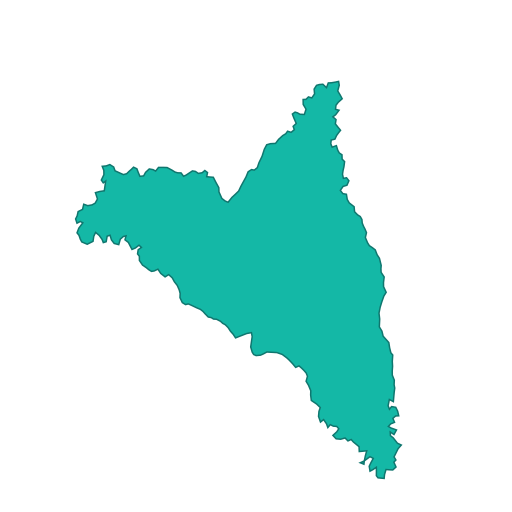 Apucarana, Paraná, Brazil, rotated 193°
{"feature_id": "56859067B99141205159881", "entity_name": "Apucarana", "entity_type": "district", "adm_level": 2, "iso_a3": "BRA", "parent_name": "Brazil", "parent_adm1": "Paraná", "projection": "equal_earth", "projection_center": [-51.441, -23.577], "detail": "fine", "context": "isolated", "style": "filled", "palette": "teal", "viewbox_px": 512, "rotation_deg": 193, "n_neighbors": 0, "source": "geoboundaries", "source_scale": "gbopen_adm2", "svg_char_len": 4370}
<svg xmlns="http://www.w3.org/2000/svg" viewBox="0 0 512 512"><g transform="rotate(193 256 256)"><path d="M104.4,80.7L99.8,86.1L96.2,85.2L97.6,80.2L98.4,76.6L96.5,72.0L94.2,74.0L91.2,77.2L90.1,72.7L89.3,69.0L87.2,67.3L81.1,68.1L81.6,72.0L81.3,77.2L77.9,77.7L74.6,78.3L72.1,81.9L75.3,86.1L73.8,88.7L76.3,91.3L74.2,100.2L71.9,104.5L76.1,105.4L81.4,109.7L84.6,111.2L85.6,114.7L81.4,113.1L80.0,118.1L85.8,118.8L88.7,119.7L87.0,122.7L83.6,125.1L86.1,128.6L84.0,131.5L81.0,132.4L83.1,136.7L85.8,140.0L90.0,139.8L91.5,136.7L93.6,139.8L93.8,146.2L89.4,145.0L90.7,154.3L91.1,158.5L92.5,161.7L93.3,166.1L96.4,170.6L97.4,174.7L98.1,179.2L99.5,184.0L100.5,190.3L102.8,192.0L105.1,196.5L107.1,201.5L114.1,206.5L116.4,211.1L119.9,214.7L121.3,222.4L123.3,228.0L123.5,234.0L123.1,239.7L122.4,245.8L121.0,249.9L124.8,254.8L125.8,258.8L126.4,264.4L130.4,268.2L131.4,271.7L131.9,275.0L135.2,281.5L138.3,284.5L141.2,288.8L144.5,290.3L147.9,291.6L150.3,294.0L153.6,298.6L153.6,303.6L155.9,306.8L157.8,309.0L159.9,312.0L161.0,315.4L163.3,317.9L166.4,319.0L169.9,321.3L171.5,326.1L177.1,328.7L179.8,331.6L181.8,336.5L185.4,336.3L188.6,338.9L186.8,343.4L183.3,345.4L182.4,350.2L185.4,352.6L188.3,351.3L190.1,355.1L190.4,358.8L190.4,362.7L190.9,367.9L193.9,369.8L195.0,374.0L198.0,375.1L200.1,377.4L202.5,381.6L206.3,379.2L208.4,382.2L208.8,385.9L205.4,387.6L204.6,391.5L203.3,394.6L201.9,397.5L204.9,399.8L208.4,402.6L208.7,406.9L212.4,408.9L210.2,411.5L207.9,416.7L211.5,416.8L212.0,420.8L210.5,424.2L207.4,428.6L210.1,431.7L213.5,435.2L213.3,441.1L214.8,444.7L217.5,443.4L221.6,441.7L224.5,440.9L225.2,435.9L229.5,438.4L232.9,437.3L235.4,435.9L236.9,431.7L235.4,427.1L237.2,422.6L240.7,422.8L242.5,419.9L245.3,419.1L244.1,414.3L240.3,410.3L240.7,404.8L245.1,404.0L247.7,404.8L250.3,405.0L252.5,402.5L250.1,398.9L246.6,394.2L249.0,390.7L247.1,387.7L249.6,384.4L253.3,384.7L254.5,381.8L257.0,379.4L260.2,374.8L262.3,370.1L267.2,368.7L270.6,366.8L271.9,361.9L272.5,354.6L274.1,347.5L274.6,342.4L277.0,339.3L279.8,339.2L282.6,336.3L283.5,330.8L285.0,325.5L286.4,320.5L287.5,315.4L290.0,311.5L292.6,307.7L295.3,302.1L298.3,302.6L302.2,304.4L306.5,310.1L307.6,314.2L311.7,318.8L315.3,323.1L319.3,322.5L321.9,322.2L322.0,326.4L325.1,327.8L327.2,325.0L330.8,323.5L334.1,324.8L337.1,324.6L339.2,322.4L342.2,319.2L344.5,317.4L347.7,320.1L351.1,319.4L353.9,319.6L357.0,320.7L362.5,322.2L366.6,321.4L370.9,320.4L372.9,316.2L375.8,317.0L379.6,316.8L382.4,312.7L383.5,308.8L387.0,307.5L389.5,310.9L391.7,314.2L395.3,315.0L397.0,312.3L398.8,309.8L400.5,307.1L403.5,305.5L407.1,306.2L412.5,307.3L414.7,310.7L419.0,312.2L422.2,310.1L426.0,308.8L423.5,305.1L422.5,301.0L423.8,295.2L421.3,292.9L419.3,295.2L418.5,285.4L422.8,283.7L426.7,281.6L423.3,275.9L424.6,271.3L427.3,268.9L431.3,267.2L435.5,267.7L435.5,262.4L439.3,259.3L439.3,254.8L440.1,251.5L437.8,247.7L435.0,250.1L432.2,249.4L434.9,243.3L435.6,238.3L433.1,236.3L431.0,232.9L428.9,230.5L423.1,229.5L418.1,233.6L418.5,238.7L417.6,242.9L413.4,240.8L409.6,237.4L407.8,234.7L405.2,236.2L405.5,241.8L402.9,243.4L400.5,239.2L397.0,236.3L392.3,236.2L392.0,241.9L389.6,245.2L387.2,246.4L387.3,242.3L383.4,240.5L380.9,237.5L378.3,234.5L375.4,236.6L372.4,240.2L369.6,238.6L372.2,235.6L371.9,231.4L369.6,229.5L368.6,225.4L364.5,221.6L360.1,219.9L357.6,218.6L354.4,217.5L351.9,218.5L348.6,221.1L344.9,217.6L339.9,215.2L336.9,218.2L332.7,215.9L329.8,212.6L326.1,209.6L323.2,205.7L321.5,202.5L320.7,198.3L317.3,194.0L313.7,192.8L311.2,194.1L307.6,193.4L302.2,192.2L298.2,191.5L295.2,190.1L292.4,188.1L288.8,185.8L285.7,185.9L283.2,185.0L280.2,185.5L275.9,184.4L273.3,182.9L270.4,182.1L267.1,180.0L264.0,177.0L260.5,174.5L257.5,171.6L253.6,174.3L247.6,178.4L243.2,180.3L241.6,176.6L240.7,166.2L238.1,161.5L236.1,159.5L233.5,159.0L229.3,160.4L227.0,162.1L223.8,164.9L213.9,166.6L208.3,166.0L203.1,163.7L200.5,162.2L196.1,159.3L192.3,156.4L189.4,158.6L186.5,157.1L183.7,155.4L180.8,153.3L178.8,150.4L179.0,145.2L175.8,141.9L172.3,137.0L171.5,132.9L169.6,127.7L163.6,125.4L159.3,122.8L159.7,118.8L159.0,113.8L155.8,108.7L153.3,111.8L149.6,108.4L147.4,105.0L145.7,108.4L142.4,107.6L139.0,108.1L136.5,106.3L137.7,102.9L140.7,98.5L136.8,95.9L132.3,96.5L128.3,98.7L124.8,96.5L122.0,98.6L119.3,96.7L115.9,95.0L112.7,93.4L111.4,88.7L104.3,91.1L104.5,85.8L104.4,80.7ZM104.4,80.7L107.9,78.0L104.0,77.4L104.4,80.7Z" fill="#14b8a6" stroke="#0f766e" stroke-width="1.5"/></g></svg>